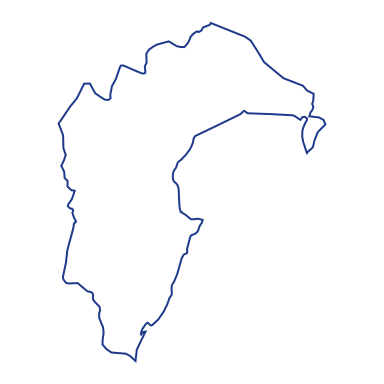 the border of Hawke's Bay
{"feature_id": "NZL-3397", "entity_name": "Hawke's Bay", "entity_type": "Regional Council", "adm_level": 1, "iso_a3": "NZL", "parent_name": "New Zealand", "parent_adm1": "", "projection": "albers", "projection_center": [176.854, -39.512], "detail": "fine", "context": "isolated", "style": "outline", "palette": "blue", "viewbox_px": 384, "rotation_deg": 0, "n_neighbors": 0, "source": "natural_earth", "source_scale": "10m", "svg_char_len": 2775}
<svg xmlns="http://www.w3.org/2000/svg" viewBox="0 0 384 384"><path d="M313.7,93.9L313.2,101.0L312.2,103.9L313.4,107.5L312.2,110.1L310.4,112.7L309.3,116.3L318.9,117.4L323.5,119.9L325.4,124.4L317.7,132.2L314.3,141.1L313.0,146.9L311.3,148.9L309.0,150.7L306.9,153.0L303.2,141.9L302.2,136.2L302.4,130.9L303.2,127.9L304.3,125.0L305.5,122.5L306.8,120.5L307.0,118.4L305.0,116.9L302.4,117.1L300.5,119.8L299.1,119.1L294.9,116.1L292.8,115.3L270.8,114.1L248.2,113.3L246.5,112.6L245.3,111.4L244.0,110.9L240.3,114.2L214.5,126.8L195.4,135.9L193.7,138.1L193.1,142.0L191.6,146.0L189.8,149.5L186.4,154.1L181.4,159.5L178.1,162.1L177.7,162.7L176.1,167.6L174.4,169.9L173.4,171.9L172.9,174.3L172.8,177.4L173.3,180.4L174.5,182.0L176.1,183.3L177.6,185.3L178.6,188.9L179.4,205.6L179.9,209.1L180.8,212.1L181.7,212.1L182.5,213.1L184.8,214.3L188.4,217.1L189.4,218.1L191.2,219.2L193.6,219.3L198.3,218.7L202.6,219.9L202.1,222.3L199.7,225.9L198.2,230.3L197.6,231.6L196.1,233.0L194.4,234.1L191.2,235.3L190.1,237.3L187.0,249.3L187.0,249.9L187.2,250.8L187.2,251.9L187.0,253.1L186.4,253.4L184.3,254.3L183.6,254.8L181.7,258.3L177.2,274.1L174.2,281.4L172.3,284.4L171.7,286.1L171.6,288.4L171.8,293.0L171.8,294.2L171.5,295.0L169.7,297.7L169.3,298.6L167.1,304.7L163.8,311.4L158.3,319.5L152.3,325.0L151.2,325.5L149.9,324.9L148.7,323.5L147.4,322.7L146.0,323.8L142.5,328.8L141.3,331.7L140.8,335.3L141.7,333.8L142.8,332.5L144.1,331.8L145.5,331.6L136.8,349.6L135.5,361.0L130.0,355.9L125.9,353.7L111.4,352.5L106.6,349.2L102.5,344.6L102.7,339.2L103.6,333.1L103.1,327.5L99.2,317.9L99.2,313.1L100.1,310.2L99.6,306.8L95.0,302.1L93.4,300.1L92.8,297.5L93.2,295.1L92.3,292.9L91.3,292.3L90.2,291.8L88.0,291.5L86.0,290.2L77.7,283.1L68.8,283.5L66.0,282.8L63.5,279.6L62.9,277.5L63.1,276.2L66.0,262.4L67.3,250.4L73.5,227.3L73.7,224.9L74.3,222.9L75.5,222.5L76.0,221.3L73.9,217.5L72.4,212.9L73.2,210.1L71.8,208.6L70.4,208.6L68.4,206.8L67.8,206.0L68.0,204.9L69.3,202.8L71.7,199.5L73.6,194.3L74.1,192.4L74.6,191.5L74.7,190.8L74.1,190.6L73.1,190.3L71.8,190.4L70.3,189.3L67.5,186.4L67.6,180.9L64.6,177.9L64.2,171.8L61.3,165.8L64.0,160.2L65.7,154.8L63.4,148.1L63.1,135.3L58.6,123.5L62.0,118.7L69.9,106.9L77.0,98.1L84.2,83.6L89.9,83.6L95.2,93.3L102.3,98.1L104.6,99.5L107.6,100.0L109.3,99.4L110.5,98.3L110.3,94.7L112.0,86.0L115.8,79.2L118.9,70.2L119.8,67.6L120.8,65.6L123.3,65.5L127.8,67.4L133.5,69.9L141.3,73.2L143.8,73.6L144.8,73.2L145.4,72.2L144.8,66.4L145.7,64.5L146.6,62.8L146.3,53.7L149.1,49.5L153.3,46.6L156.8,44.6L168.7,41.4L176.8,46.2L180.7,47.0L184.3,47.1L186.6,44.6L188.4,42.1L189.6,39.7L190.6,36.8L192.9,34.2L195.7,32.1L197.4,31.4L198.5,32.1L201.2,30.7L203.1,27.4L209.8,24.9L210.8,23.0L245.1,36.7L250.8,40.7L258.8,53.3L264.1,62.2L283.6,78.3L302.9,85.7L307.0,90.5L313.7,93.9Z" fill="none" stroke="#1e3a8a" stroke-width="2"/></svg>